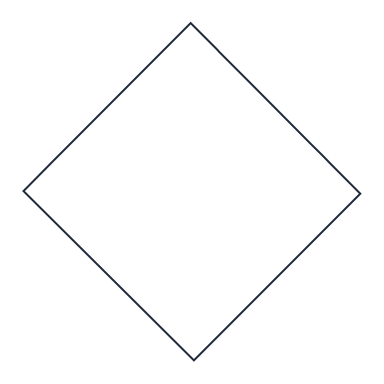 Parmer, Texas, United States of America, rotated 135°
{"feature_id": "52423323B8622019817897", "entity_name": "Parmer", "entity_type": "district", "adm_level": 2, "iso_a3": "USA", "parent_name": "United States of America", "parent_adm1": "Texas", "projection": "orthographic", "projection_center": [-102.967, 34.53], "detail": "fine", "context": "isolated", "style": "outline", "palette": "slate", "viewbox_px": 384, "rotation_deg": 135, "n_neighbors": 0, "source": "geoboundaries", "source_scale": "gbopen_adm2", "svg_char_len": 420}
<svg xmlns="http://www.w3.org/2000/svg" viewBox="0 0 384 384"><g transform="rotate(135 192 192)"><path d="M309.7,71.6L74.2,71.8L74.1,113.9L73.9,124.0L74.0,142.4L73.7,229.4L73.7,231.0L73.7,233.3L73.7,261.1L73.7,263.7L73.7,265.7L73.7,267.6L73.7,269.4L73.7,270.4L73.7,272.4L73.7,272.6L73.6,273.2L73.5,274.7L73.5,275.4L73.5,312.4L269.6,312.1L310.5,311.8L309.7,71.6Z" fill="none" stroke="#1e293b" stroke-width="2"/></g></svg>